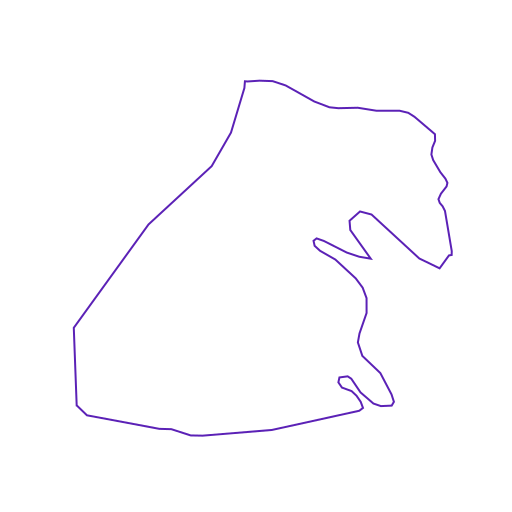 the District of Corozal, rotated 81°
{"feature_id": "BLZ-1325", "entity_name": "Corozal", "entity_type": "District", "adm_level": 1, "iso_a3": "BLZ", "parent_name": "Belize", "parent_adm1": "", "projection": "robinson", "projection_center": [-88.323, 18.225], "detail": "fine", "context": "isolated", "style": "outline", "palette": "violet", "viewbox_px": 512, "rotation_deg": 81, "n_neighbors": 0, "source": "natural_earth", "source_scale": "10m", "svg_char_len": 1132}
<svg xmlns="http://www.w3.org/2000/svg" viewBox="0 0 512 512"><g transform="rotate(81 256 256)"><path d="M213.7,55.5L217.1,56.9L223.4,63.6L228.4,66.9L232.3,66.2L236.1,63.9L241.1,62.3L281.8,61.9L285.6,62.6L285.6,65.3L296.9,76.6L284.0,95.1L233.1,135.4L228.3,146.3L235.8,158.1L245.1,158.8L276.6,143.1L272.9,154.1L266.8,165.8L251.7,186.7L248.1,193.4L250.0,196.8L255.1,196.5L260.9,191.9L271.9,178.2L293.7,161.0L304.0,155.6L314.9,153.4L329.6,155.7L348.7,165.9L357.3,168.9L371.3,166.6L391.1,151.5L413.9,143.8L421.6,142.6L425.0,145.4L423.8,156.1L420.1,163.1L407.1,174.1L392.1,181.1L389.2,184.3L389.0,192.6L393.7,194.4L399.4,191.7L404.4,182.7L409.7,178.6L416.4,175.4L422.8,174.1L425.0,178.2L430.3,267.5L425.1,336.8L423.0,348.6L413.8,366.7L411.6,378.5L386.9,447.9L375.7,456.3L375.6,456.5L298.4,447.2L208.0,357.2L160.3,285.7L130.2,261.4L88.3,241.2L81.7,239.6L82.3,237.0L83.4,225.0L85.9,212.2L92.2,200.0L112.5,174.3L120.6,160.2L122.9,151.5L125.5,132.3L131.4,114.2L135.0,91.4L138.4,83.2L143.4,77.6L163.7,60.2L170.3,61.1L176.4,64.8L183.2,66.9L189.0,66.0L202.1,60.8L209.3,56.8L213.7,55.5Z" fill="none" stroke="#5b21b6" stroke-width="2"/></g></svg>